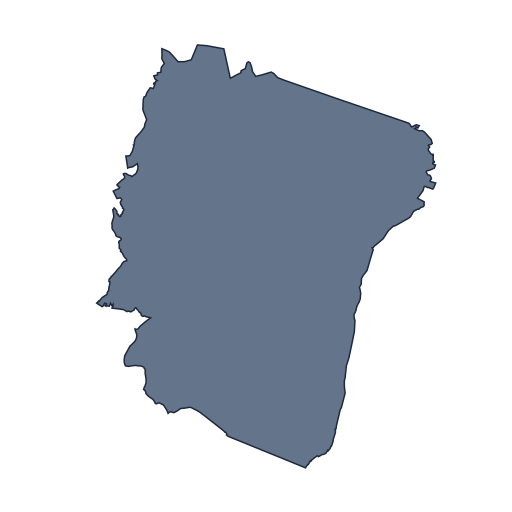 outline of Copándaro, Michoacán, Mexico, rotated 105°
{"feature_id": "50627088B77447003325256", "entity_name": "Copándaro", "entity_type": "district", "adm_level": 2, "iso_a3": "MEX", "parent_name": "Mexico", "parent_adm1": "Michoacán", "projection": "orthographic", "projection_center": [-101.212, 19.917], "detail": "fine", "context": "isolated", "style": "filled", "palette": "slate", "viewbox_px": 512, "rotation_deg": 105, "n_neighbors": 0, "source": "geoboundaries", "source_scale": "gbopen_adm2", "svg_char_len": 6099}
<svg xmlns="http://www.w3.org/2000/svg" viewBox="0 0 512 512"><g transform="rotate(105 256 256)"><path d="M160.5,397.2L163.7,398.5L164.1,398.5L167.1,399.9L171.8,402.4L173.4,403.0L176.9,403.1L179.5,402.6L180.6,402.5L180.6,403.0L181.5,402.5L184.2,402.6L185.9,402.4L186.9,402.6L188.9,403.1L191.1,403.6L191.6,403.8L192.8,406.3L193.1,407.6L202.3,403.5L204.3,402.7L203.8,402.2L201.7,398.1L197.5,394.6L200.6,393.0L202.3,392.7L203.1,392.6L204.5,392.9L206.5,393.0L208.1,393.8L209.5,395.0L211.5,396.4L210.7,397.7L210.9,398.9L210.8,400.3L210.0,402.7L210.2,404.2L210.6,405.1L211.0,405.4L211.8,405.1L212.5,404.0L213.3,403.5L214.1,403.3L214.7,403.3L215.3,403.5L216.0,403.8L217.2,405.1L223.0,408.7L223.3,408.7L223.7,408.4L224.1,408.0L224.1,407.2L224.7,406.7L224.8,406.2L224.9,405.5L226.3,405.8L228.9,409.2L230.3,410.7L236.5,405.2L234.9,402.0L236.2,400.3L239.2,401.0L240.0,400.7L240.5,400.2L241.3,399.9L241.4,399.6L242.2,399.0L242.2,398.7L242.5,398.6L243.6,397.4L244.4,397.3L244.8,396.1L245.8,395.6L248.9,396.4L249.2,395.9L250.2,396.3L250.5,396.5L250.8,397.0L251.5,397.2L252.1,397.0L252.8,397.0L253.0,397.1L252.9,397.7L253.2,398.1L252.6,398.9L252.2,399.1L252.2,399.6L251.4,399.7L251.3,400.6L251.1,401.3L249.1,401.8L248.3,402.6L246.8,404.5L246.3,405.5L248.0,405.9L248.3,406.3L249.8,405.7L253.0,404.2L254.6,403.6L255.9,403.5L258.7,403.7L261.8,403.7L264.1,402.8L266.2,402.3L266.8,402.0L267.6,401.4L268.8,399.7L270.0,398.4L271.4,397.2L272.5,396.6L272.8,396.3L273.1,395.7L273.3,394.7L273.3,393.6L273.3,392.5L273.5,391.8L273.9,391.0L274.2,390.6L274.8,390.5L276.2,391.1L276.4,391.2L276.5,391.6L277.1,392.0L277.6,392.2L278.3,392.2L279.2,391.6L281.6,390.6L282.6,390.5L284.1,390.0L284.2,389.8L284.7,388.6L285.2,388.0L285.4,387.9L286.5,388.2L287.8,385.8L288.4,385.3L289.7,384.3L291.1,382.8L292.6,380.2L294.0,379.6L295.4,382.0L297.4,383.2L300.9,384.1L304.3,386.0L307.2,387.2L312.9,390.1L313.2,390.6L314.2,390.6L316.5,391.9L318.7,391.5L318.8,391.2L318.8,390.4L321.5,389.9L323.0,390.0L325.2,389.9L327.1,389.4L329.8,390.3L331.4,389.9L332.4,390.6L333.0,391.3L336.0,393.9L340.6,395.9L340.3,396.4L342.8,397.7L344.8,391.5L343.5,390.5L340.8,390.1L340.8,388.3L343.1,388.8L343.3,387.7L342.4,387.2L342.7,386.3L342.4,384.7L339.3,384.3L341.2,382.4L340.6,381.9L339.7,381.6L340.7,381.2L343.6,381.6L342.4,373.1L342.1,369.9L343.1,366.3L342.2,364.7L342.4,362.4L342.1,362.1L341.2,361.4L339.8,359.8L338.2,359.6L337.2,359.0L337.1,358.3L337.7,358.0L338.2,357.3L338.8,356.0L339.8,355.0L340.2,354.2L340.7,354.0L340.6,353.3L341.0,352.5L342.8,351.6L343.6,350.1L343.5,349.4L343.0,348.6L342.8,347.9L343.1,346.9L343.1,346.1L343.0,341.8L346.4,344.5L348.5,346.1L353.9,349.8L357.0,351.1L357.8,352.5L357.8,353.4L357.7,354.0L359.1,353.4L361.3,351.8L363.2,350.6L366.0,350.2L369.5,350.7L375.7,354.4L386.2,357.0L390.5,356.5L393.6,355.4L395.9,353.7L395.6,350.4L394.4,348.0L392.8,343.8L392.6,340.9L392.1,339.8L392.1,337.8L392.4,335.5L393.5,334.9L394.3,333.5L395.7,333.4L396.6,333.0L397.8,332.8L403.7,330.2L406.1,329.6L407.0,329.4L410.5,329.6L411.8,330.0L414.0,330.0L414.0,329.8L414.3,329.1L415.1,328.0L416.3,327.1L417.5,326.6L417.8,326.1L419.1,324.0L420.6,320.2L421.0,318.6L423.6,315.6L424.3,315.4L424.7,314.2L422.9,311.7L423.4,309.3L423.7,307.3L424.3,306.3L426.1,304.3L428.4,301.9L430.7,300.2L429.3,299.3L428.4,297.7L428.7,295.7L428.5,294.7L426.6,292.5L422.8,289.3L421.8,286.7L421.7,286.2L419.3,280.9L419.2,279.2L420.6,272.7L420.8,272.1L421.0,271.0L423.2,265.5L433.3,241.8L433.6,241.5L434.3,240.3L434.0,239.7L434.6,239.0L435.9,237.9L436.5,238.2L437.4,236.2L447.8,153.3L447.3,153.3L445.4,152.6L444.1,152.0L444.0,151.6L443.1,151.3L442.5,151.2L441.9,151.0L441.6,151.0L441.0,150.9L440.1,150.0L440.1,150.5L434.2,146.1L433.2,145.1L433.1,144.8L433.3,144.4L433.7,143.9L431.8,141.8L431.0,141.2L429.9,139.0L428.1,137.3L426.1,136.8L426.0,136.1L425.6,135.9L425.2,135.9L424.6,136.2L424.5,135.6L424.3,135.2L423.6,134.8L422.6,134.7L422.1,134.5L421.6,134.4L420.4,134.5L420.3,134.4L420.1,133.9L415.4,133.6L412.6,133.9L406.0,133.6L404.7,133.9L403.2,134.6L403.3,134.2L402.3,134.2L402.0,134.0L398.8,134.4L382.2,134.9L380.6,134.3L365.4,134.4L361.7,135.9L358.5,137.1L353.5,138.4L350.7,138.4L338.5,140.3L330.6,139.9L318.6,140.5L303.6,141.4L292.3,143.8L291.9,144.4L289.3,145.5L287.2,146.2L284.8,145.6L282.8,145.4L279.1,145.5L276.9,145.3L273.9,144.5L270.7,144.2L264.9,145.2L260.9,147.1L259.7,148.0L256.0,147.1L250.4,148.3L246.9,147.4L241.3,145.0L227.6,144.7L219.6,144.4L218.0,146.0L217.3,144.8L216.1,144.5L212.6,141.9L206.3,137.6L199.4,135.4L197.0,134.5L191.6,131.1L190.8,129.4L188.7,127.2L185.2,123.7L179.4,117.8L177.6,116.8L171.8,115.3L171.6,114.8L169.2,112.3L168.5,110.6L166.7,109.6L164.9,107.1L163.8,106.7L161.2,107.4L160.2,107.5L158.4,115.0L152.3,112.6L149.6,111.6L147.6,111.6L145.3,111.5L145.0,110.3L145.1,109.4L145.5,108.2L145.2,107.1L145.7,102.6L144.2,102.0L139.0,101.3L138.9,107.0L137.9,107.3L136.1,106.5L135.0,107.1L133.7,108.1L133.0,109.2L133.2,111.1L131.9,112.3L130.8,113.4L129.9,113.2L129.3,112.6L128.2,110.5L125.0,106.5L121.7,106.1L121.3,109.1L120.1,109.5L119.4,108.1L118.5,108.3L118.1,109.5L112.3,111.0L112.6,111.5L112.0,111.7L112.2,113.0L111.6,114.2L110.8,114.9L109.4,116.8L107.6,117.4L106.0,116.4L105.3,117.0L104.5,118.1L103.8,117.8L103.2,116.0L101.6,114.9L98.0,117.1L95.3,121.4L92.8,125.1L91.9,127.6L92.8,131.3L92.0,135.7L90.5,133.9L90.2,134.2L90.5,132.8L87.8,132.1L87.8,135.2L91.1,139.1L88.2,142.5L83.3,214.9L78.9,274.2L78.1,281.3L75.1,286.1L74.4,288.9L79.4,297.0L82.6,302.8L78.7,307.1L74.3,309.3L70.8,311.8L70.4,313.7L71.9,314.8L75.7,314.8L77.9,314.9L79.6,317.1L81.2,318.4L83.0,318.0L85.7,321.2L91.0,326.8L64.2,340.7L65.6,358.1L67.3,367.2L83.2,369.3L86.7,375.1L88.5,381.6L83.8,388.6L81.5,392.3L80.6,396.4L80.1,400.6L85.5,399.0L89.9,398.0L93.9,394.3L94.7,394.8L97.0,395.8L98.6,396.3L103.2,395.5L104.6,398.6L105.1,398.5L106.6,398.0L108.4,401.4L111.1,399.4L112.2,396.7L113.0,397.8L113.4,398.1L115.8,398.2L115.2,399.2L116.4,399.4L117.0,398.2L118.1,398.2L120.9,398.6L120.8,400.8L121.0,401.8L126.3,403.6L130.4,404.0L131.4,405.3L134.0,405.4L143.1,403.4L145.2,402.4L147.1,400.9L152.6,396.9L157.1,397.5L160.5,397.2Z" fill="#64748b" stroke="#1e293b" stroke-width="1.5"/></g></svg>